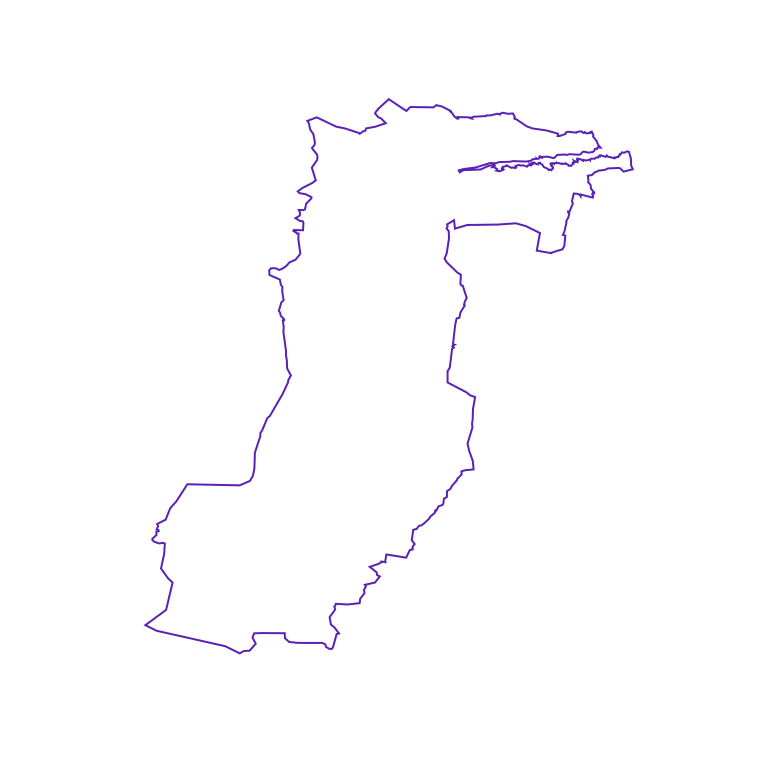 outline of Kvinesdal nor, Vest-Agder, Norway, rotated 196°
{"feature_id": "86288312B37428940692053", "entity_name": "Kvinesdal nor", "entity_type": "district", "adm_level": 2, "iso_a3": "NOR", "parent_name": "Norway", "parent_adm1": "Vest-Agder", "projection": "natural_earth1", "projection_center": [6.911, 58.518], "detail": "fine", "context": "isolated", "style": "outline", "palette": "violet", "viewbox_px": 768, "rotation_deg": 196, "n_neighbors": 0, "source": "geoboundaries", "source_scale": "gbopen_adm2", "svg_char_len": 6159}
<svg xmlns="http://www.w3.org/2000/svg" viewBox="0 0 768 768"><g transform="rotate(196 384 384)"><path d="M212.5,674.7L214.5,674.6L217.0,672.4L219.1,672.3L219.9,670.0L220.6,669.9L220.4,669.2L221.1,668.4L221.2,666.9L222.7,666.5L223.7,665.3L224.9,665.3L224.8,664.5L231.9,664.3L232.8,665.1L233.7,663.4L238.5,663.6L239.6,663.2L239.2,662.4L240.0,662.4L240.5,661.7L240.3,660.9L242.5,660.2L243.6,658.6L246.4,657.9L247.7,656.9L247.5,655.9L248.2,656.3L251.5,654.5L254.1,654.5L254.0,653.5L257.8,654.3L260.4,653.9L260.3,652.9L259.2,652.6L259.1,650.6L261.3,650.8L261.5,650.1L263.1,650.9L262.5,649.8L262.9,649.5L262.6,648.3L263.4,648.3L263.1,647.5L264.3,645.3L266.5,644.7L266.6,645.2L270.0,646.1L269.9,645.6L273.6,645.0L273.6,644.5L279.2,644.4L279.2,643.9L281.4,643.1L281.3,642.3L283.2,642.7L284.7,641.8L283.4,640.0L282.9,640.3L282.5,639.3L281.5,639.2L281.0,638.1L282.1,635.6L283.3,636.0L284.6,635.0L286.2,636.1L290.1,636.6L292.3,638.5L294.6,639.0L295.5,640.5L295.2,639.3L296.5,638.9L296.4,637.6L297.7,637.3L300.9,638.3L302.7,637.2L301.3,636.6L302.4,635.4L304.6,635.7L303.6,634.5L305.8,634.0L306.3,632.4L310.8,632.6L312.0,631.8L314.8,631.7L317.7,629.8L316.6,628.5L317.7,627.6L319.1,627.9L321.2,626.9L326.2,627.9L326.1,627.4L329.6,625.6L329.8,624.8L328.9,623.9L330.1,623.9L330.1,623.4L328.7,622.5L331.4,620.4L334.8,620.1L334.2,621.0L334.4,621.8L337.8,622.6L336.6,623.4L339.4,622.4L337.9,624.7L338.8,624.9L343.9,622.3L350.3,616.8L366.7,611.4L368.6,609.3L368.5,610.5L370.0,609.0L371.2,609.7L371.9,609.4L367.3,612.3L355.6,617.4L342.8,625.7L337.6,627.0L334.3,629.1L324.3,632.3L321.5,633.8L308.7,637.0L304.0,639.3L303.3,640.8L300.0,642.4L300.0,642.9L299.3,642.4L297.5,643.2L296.4,644.8L297.1,644.5L297.2,645.0L295.7,645.0L296.1,645.8L294.2,645.3L294.1,646.0L289.5,647.6L283.6,647.9L282.5,648.3L280.6,652.0L273.8,654.3L271.3,654.6L269.2,656.0L259.8,658.1L258.3,659.2L257.1,661.7L256.0,662.5L251.3,662.7L247.4,664.5L246.3,665.7L246.1,668.0L244.2,668.4L244.1,670.2L241.0,670.9L244.0,672.8L246.5,676.0L251.4,679.7L251.3,681.0L253.9,683.9L255.1,683.0L254.6,682.4L258.4,680.7L260.3,681.3L260.2,680.9L261.6,680.3L264.1,681.3L268.4,679.2L268.4,678.6L276.7,677.2L278.6,675.9L278.3,674.5L283.5,670.8L285.4,670.2L285.6,672.4L286.9,672.6L297.9,672.5L311.6,670.6L317.7,671.0L330.0,675.0L331.5,674.9L332.1,675.4L331.9,676.8L334.6,679.6L338.9,678.0L345.0,677.4L347.0,675.6L346.9,675.0L349.4,675.1L355.8,671.5L359.7,670.4L359.8,669.7L371.5,665.6L373.6,664.0L372.7,663.4L374.4,663.2L375.6,663.8L386.7,660.9L385.8,659.6L386.7,659.2L389.9,660.5L393.8,663.6L395.2,664.1L394.9,664.6L395.3,664.9L404.9,666.7L410.5,666.5L412.6,663.6L434.7,657.6L435.4,657.0L437.7,652.6L457.9,659.1L465.8,646.3L465.6,645.7L466.7,643.9L467.2,641.7L463.1,638.9L459.9,638.4L454.2,635.2L463.3,628.9L471.7,624.7L471.7,622.4L473.4,621.4L476.3,617.8L477.1,618.4L492.0,618.9L500.9,618.2L522.1,621.8L530.2,615.8L528.2,614.1L525.1,608.3L520.7,604.6L517.0,597.1L516.6,594.7L518.3,590.9L511.4,585.9L510.4,583.4L510.1,580.8L513.0,572.1L505.7,560.9L508.4,557.4L516.3,550.1L520.0,545.4L518.0,544.2L511.4,544.8L505.2,543.6L505.0,542.3L508.5,536.0L508.1,530.0L509.4,528.9L513.9,527.8L512.1,525.8L511.4,523.4L511.8,522.2L514.8,519.0L509.9,517.6L506.9,518.0L505.9,516.8L504.2,509.5L513.2,507.1L513.2,506.0L510.0,505.5L509.5,504.6L507.6,505.1L506.3,499.7L500.3,486.1L503.3,479.1L508.4,474.8L510.5,470.4L513.6,466.7L516.3,464.7L519.6,465.4L523.0,464.6L524.5,464.0L525.7,461.6L524.1,457.2L512.9,455.7L510.6,451.2L508.3,449.1L507.5,445.3L503.6,436.9L505.2,434.0L505.2,425.2L503.6,424.0L502.0,421.0L497.9,418.8L497.5,417.7L498.8,417.3L496.1,411.0L495.0,406.2L486.9,387.8L486.5,385.4L483.9,379.9L481.4,372.3L475.8,366.5L477.1,361.2L476.7,359.3L478.7,346.5L484.9,321.8L486.8,318.9L488.4,305.3L489.3,303.0L488.5,299.6L489.2,282.5L485.3,267.1L484.7,259.8L486.1,253.9L494.8,246.8L545.4,233.4L551.2,214.1L555.3,205.6L556.5,193.4L563.5,186.9L561.9,185.2L562.5,181.8L560.3,181.3L560.1,180.4L562.2,179.4L561.1,176.2L564.0,171.4L563.7,170.3L561.4,169.0L556.1,168.8L552.5,170.4L550.7,170.2L548.5,160.3L547.5,145.2L537.9,137.6L532.5,134.9L531.2,106.8L546.9,86.4L534.6,84.1L464.4,88.2L448.4,85.3L445.2,88.6L439.7,90.6L435.7,99.0L440.5,104.0L440.1,108.5L433.5,110.7L410.7,117.1L409.2,112.4L404.1,109.9L395.4,111.4L372.0,118.1L368.5,117.5L367.5,115.4L363.6,114.3L361.1,115.0L360.5,116.9L360.6,130.6L358.5,131.8L364.5,136.3L368.7,138.1L372.0,144.9L369.0,153.1L369.1,154.7L370.4,156.2L369.7,157.8L369.8,159.4L358.3,162.0L347.0,166.6L347.7,171.0L345.1,177.7L346.5,180.6L345.6,184.5L347.0,185.7L337.9,190.7L335.0,197.9L338.0,198.4L339.1,200.9L347.3,204.3L339.6,209.7L337.4,211.9L337.6,212.6L333.5,213.1L334.0,214.0L334.7,220.8L314.8,223.2L313.4,231.7L310.8,232.9L311.7,235.5L310.4,238.6L314.2,241.5L315.7,251.9L312.7,253.7L311.3,257.3L309.1,258.4L306.9,261.3L303.4,267.2L302.9,269.4L299.6,274.2L299.8,276.8L298.8,276.8L297.9,281.4L294.4,283.9L294.0,285.3L294.8,290.3L292.4,292.7L293.9,298.4L291.4,301.2L290.5,305.0L287.4,311.7L287.3,313.4L284.4,318.4L285.5,321.4L282.0,323.6L274.3,326.6L277.5,334.6L283.5,342.9L287.3,349.8L287.0,366.5L288.4,370.0L289.0,374.4L291.6,384.7L292.8,396.5L298.2,396.9L302.5,398.7L323.3,403.0L326.4,413.8L325.3,417.9L328.2,436.5L326.9,438.2L328.6,438.9L326.9,441.2L328.6,441.0L331.8,460.0L332.3,466.2L332.0,467.3L329.8,468.3L330.2,474.1L328.0,481.8L328.9,482.1L329.0,485.4L328.2,489.5L335.4,500.2L336.8,500.1L338.1,501.1L340.2,510.2L344.3,511.4L357.4,518.4L360.4,521.3L359.7,526.5L361.7,542.2L364.0,548.9L366.7,550.7L366.3,553.1L367.4,554.8L361.8,560.7L358.6,552.9L347.8,559.8L318.6,568.6L301.6,574.8L291.3,574.9L275.7,572.1L273.9,554.3L259.1,555.9L258.9,556.6L249.6,562.7L248.7,566.2L250.6,576.6L253.1,576.6L252.6,580.2L253.1,589.3L253.7,590.7L252.7,594.9L252.9,599.1L254.3,599.6L254.5,600.6L253.3,600.4L252.2,609.3L253.7,611.6L254.1,619.4L250.5,620.1L247.9,619.7L246.8,618.7L247.2,620.4L234.6,620.7L234.7,622.3L236.2,623.8L236.0,625.2L234.5,625.2L234.7,626.1L238.6,628.5L240.4,632.4L243.3,634.1L243.2,635.0L245.5,640.4L241.8,642.1L239.5,646.0L237.6,647.0L237.1,648.0L230.7,650.7L228.2,652.9L218.8,656.1L216.6,656.5L212.3,654.2L204.0,659.0L206.5,661.9L208.9,668.9L212.5,674.7Z" fill="none" stroke="#5b21b6" stroke-width="2"/></g></svg>